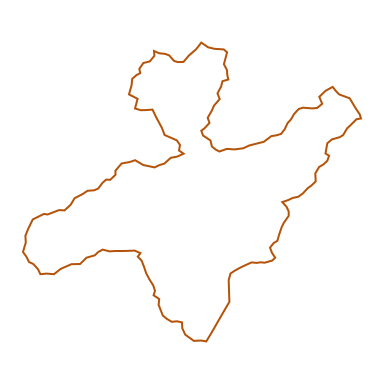 outline of São Bento do Sapucaí, São Paulo, Brazil
{"feature_id": "56859067B581807535361", "entity_name": "São Bento do Sapucaí", "entity_type": "district", "adm_level": 2, "iso_a3": "BRA", "parent_name": "Brazil", "parent_adm1": "São Paulo", "projection": "mercator", "projection_center": [-45.684, -22.68], "detail": "fine", "context": "isolated", "style": "outline", "palette": "amber", "viewbox_px": 384, "rotation_deg": 0, "n_neighbors": 0, "source": "geoboundaries", "source_scale": "gbopen_adm2", "svg_char_len": 2447}
<svg xmlns="http://www.w3.org/2000/svg" viewBox="0 0 384 384"><path d="M201.3,42.6L196.1,49.3L188.8,55.6L183.5,61.9L177.8,62.1L174.0,60.9L169.2,55.4L165.2,53.9L159.0,53.2L154.0,51.0L154.4,55.8L149.8,61.4L143.4,63.0L139.3,68.8L140.2,73.2L136.6,75.0L132.2,78.9L131.6,85.1L129.0,94.4L137.6,98.8L135.0,108.5L140.8,110.2L145.2,110.1L152.5,109.6L156.2,117.3L162.0,128.1L164.6,135.0L176.8,140.3L180.0,145.0L179.0,150.5L183.6,153.7L177.2,156.6L170.8,157.8L164.2,163.7L159.6,165.0L154.6,167.4L143.2,165.0L135.1,160.2L129.8,162.0L121.6,163.5L118.4,167.2L115.4,170.8L115.5,174.8L110.2,179.8L106.2,179.6L102.5,182.8L98.3,188.5L94.2,190.3L87.5,190.8L82.9,193.9L74.6,198.2L70.7,204.7L64.5,210.4L59.0,210.1L47.6,214.5L44.0,213.9L32.8,219.4L28.2,228.8L25.4,235.8L25.8,242.5L24.4,247.1L23.0,252.0L26.4,256.7L29.0,262.0L33.3,264.0L38.0,269.2L40.4,274.2L46.6,273.6L54.0,274.2L60.8,268.8L71.4,264.2L80.1,264.0L86.5,257.7L94.9,255.3L98.1,252.1L102.6,249.6L109.7,251.4L114.5,251.0L121.8,251.0L126.8,250.9L134.7,250.6L140.4,253.1L137.8,256.7L141.6,260.6L143.8,266.2L146.2,273.3L149.4,279.3L153.2,285.3L155.0,290.8L153.6,295.3L159.2,299.0L158.6,304.8L162.8,315.5L166.6,318.7L171.7,321.8L177.1,321.3L182.0,322.4L182.3,328.3L185.2,334.6L189.3,337.6L193.9,340.9L200.9,340.5L206.3,341.4L211.3,333.1L221.9,314.7L229.4,301.8L228.9,287.1L228.7,280.1L230.5,273.5L234.7,270.7L240.5,267.5L245.6,265.1L251.6,262.4L256.8,262.9L260.4,262.3L264.6,262.7L272.1,260.6L275.2,257.7L272.0,252.9L270.0,247.7L273.6,243.1L277.4,240.8L279.1,234.7L281.7,227.1L283.7,223.0L288.7,215.8L288.7,211.4L286.6,206.9L282.3,202.1L288.1,200.1L292.9,197.9L298.2,196.8L302.9,193.4L307.7,188.2L311.7,185.3L315.7,181.3L315.3,173.4L319.1,167.0L323.6,164.3L327.3,160.8L329.1,155.7L325.5,153.5L327.3,143.3L331.9,139.4L339.7,137.2L343.2,135.0L347.0,128.5L350.0,125.7L356.5,119.2L361.0,118.5L359.8,114.5L355.1,107.4L349.7,98.3L339.1,94.4L335.7,90.8L332.7,86.9L325.7,90.7L319.3,96.8L322.2,103.8L317.1,108.0L312.1,108.4L302.9,107.7L298.7,109.0L294.1,114.0L290.9,119.5L287.6,123.1L284.6,129.4L281.0,134.0L276.0,135.4L271.4,136.1L263.8,141.8L249.2,145.5L243.2,148.3L234.7,149.4L226.8,148.9L219.4,151.5L215.7,149.6L211.9,146.5L210.5,140.5L203.0,135.5L201.3,130.7L204.5,128.3L209.5,122.9L207.7,117.8L211.9,110.5L213.9,105.8L219.7,99.0L217.5,93.4L221.1,86.5L222.5,81.2L228.3,79.5L227.3,75.1L226.9,69.9L223.9,64.2L227.1,52.3L223.7,49.4L214.4,48.8L208.1,47.3L201.3,42.6Z" fill="none" stroke="#b45309" stroke-width="2"/></svg>